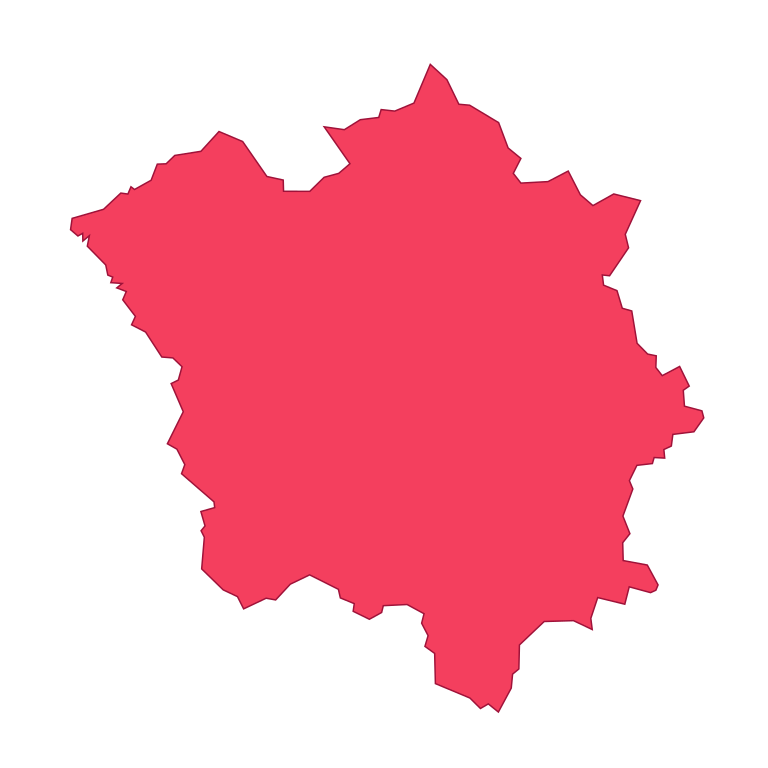 outline of Nyamagabe, Southern, Rwanda, rotated 273°
{"feature_id": "39286606B14277660644276", "entity_name": "Nyamagabe", "entity_type": "district", "adm_level": 2, "iso_a3": "RWA", "parent_name": "Rwanda", "parent_adm1": "Southern", "projection": "orthographic", "projection_center": [29.511, -2.4], "detail": "medium", "context": "isolated", "style": "filled", "palette": "rose", "viewbox_px": 768, "rotation_deg": 273, "n_neighbors": 0, "source": "geoboundaries", "source_scale": "gbopen_adm2", "svg_char_len": 1956}
<svg xmlns="http://www.w3.org/2000/svg" viewBox="0 0 768 768"><g transform="rotate(273 384 384)"><path d="M592.5,154.9L591.7,146.1L575.3,140.8L565.2,124.7L567.7,121.0L560.3,118.3L560.9,111.2L543.8,94.8L533.1,63.9L521.7,62.9L515.8,70.6L518.7,75.2L511.0,75.8L516.7,82.0L506.1,80.5L488.3,99.9L478.3,102.5L476.6,107.5L470.9,105.9L470.7,117.3L466.0,112.1L462.9,121.8L454.4,118.7L438.5,132.2L429.9,128.8L423.4,143.2L399.3,160.7L399.0,171.8L390.7,181.4L377.2,178.4L373.3,171.4L345.8,185.0L313.0,170.8L308.1,180.6L293.1,189.3L283.8,186.5L257.4,220.4L251.7,221.4L247.1,207.8L232.9,212.7L227.9,209.0L221.6,212.6L189.8,211.6L170.0,234.2L164.0,248.8L152.1,255.6L163.9,277.5L162.7,287.1L179.2,300.9L189.5,319.7L176.6,349.2L168.1,351.6L163.1,365.8L155.4,365.1L148.3,381.7L155.7,393.6L162.6,394.9L165.0,418.6L156.7,436.0L147.1,434.1L135.0,441.2L124.1,438.6L117.6,448.7L87.5,451.0L74.9,486.2L65.0,497.3L70.0,504.9L62.4,515.4L87.0,527.0L101.0,527.6L106.5,533.6L130.5,532.9L155.2,556.4L157.6,585.6L149.7,604.8L160.8,602.8L181.9,608.6L176.7,636.0L194.3,639.5L189.6,661.1L192.3,666.3L197.7,668.2L217.0,656.4L220.2,632.1L238.0,630.7L247.4,637.4L264.6,629.5L292.2,638.0L300.3,634.1L316.0,640.8L318.6,656.2L324.7,657.6L324.7,668.2L333.2,666.9L337.1,674.2L348.8,675.1L352.5,696.0L366.9,705.1L373.8,702.9L377.6,685.2L393.4,683.2L397.9,688.9L417.0,678.3L406.9,661.4L414.7,654.6L426.4,654.4L427.7,645.7L437.9,634.6L469.9,627.6L472.1,618.0L489.4,611.8L494.2,598.1L504.3,596.3L503.9,603.6L532.8,621.1L546.1,617.1L580.5,630.6L585.8,603.5L573.1,583.3L583.2,570.2L606.3,556.8L594.7,537.2L591.8,510.2L601.1,502.1L616.4,508.9L626.2,495.6L651.0,484.8L666.9,454.9L667.3,444.1L691.2,430.9L705.6,413.5L666.1,399.2L657.1,380.5L657.9,366.8L649.9,364.8L646.7,346.5L635.9,331.1L637.7,310.8L602.2,338.5L592.0,327.8L587.3,313.4L572.5,299.8L571.2,273.6L582.4,272.7L585.1,256.2L618.7,230.2L627.5,206.0L606.8,189.0L601.3,163.1L592.5,154.9Z" fill="#f43f5e" stroke="#9f1239" stroke-width="1.5"/></g></svg>